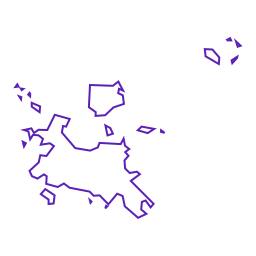 Ukerewe, Mwanza, United Republic of Tanzania
{"feature_id": "72390352B65036310172855", "entity_name": "Ukerewe", "entity_type": "district", "adm_level": 2, "iso_a3": "TZA", "parent_name": "United Republic of Tanzania", "parent_adm1": "Mwanza", "projection": "mercator", "projection_center": [33.011, -1.921], "detail": "medium", "context": "isolated", "style": "outline", "palette": "violet", "viewbox_px": 256, "rotation_deg": 0, "n_neighbors": 0, "source": "geoboundaries", "source_scale": "gbopen_adm2", "svg_char_len": 1820}
<svg xmlns="http://www.w3.org/2000/svg" viewBox="0 0 256 256"><path d="M54.8,114.8L47.3,130.0L38.5,129.8L34.0,133.0L31.4,128.4L24.0,130.0L28.4,131.4L30.2,139.3L33.0,134.9L38.5,135.3L43.0,138.9L40.8,144.7L49.9,143.3L53.9,146.1L46.4,156.0L40.3,155.2L38.7,162.4L29.5,170.9L32.0,176.2L37.4,178.6L44.0,174.4L46.7,176.3L46.2,183.8L57.7,187.0L63.9,183.5L69.5,187.7L89.6,191.6L93.6,195.7L99.7,195.4L108.4,204.3L117.2,193.7L122.6,196.0L124.8,206.3L138.1,217.8L146.4,213.8L141.2,209.5L141.9,201.9L145.6,200.5L150.6,207.4L153.6,203.8L130.8,180.9L139.9,174.2L136.9,171.7L129.7,173.0L125.1,168.4L124.5,160.4L128.5,155.8L125.2,152.1L129.2,149.0L125.0,145.7L123.6,138.6L120.7,144.1L99.5,142.9L97.8,147.4L90.1,150.6L75.2,148.1L61.9,132.5L63.0,126.0L66.1,126.6L69.7,119.0L54.8,114.8ZM118.3,81.6L112.9,85.8L90.0,85.0L88.9,107.2L95.7,112.1L95.6,115.9L105.2,115.2L113.5,107.4L123.9,103.9L122.8,95.3L118.2,93.2L119.0,88.8L123.1,90.6L118.3,81.6ZM212.4,49.5L204.8,49.1L205.6,56.3L218.8,64.0L219.3,57.5L212.4,49.5ZM54.6,195.3L45.3,189.1L40.8,194.1L48.6,199.6L48.6,204.0L53.6,203.5L54.6,195.3ZM141.6,126.6L137.8,130.3L147.7,133.1L154.2,128.9L141.6,126.6ZM31.7,102.8L31.8,106.7L39.6,112.2L40.1,106.4L31.7,102.8ZM112.9,133.7L110.3,128.1L105.4,125.4L107.5,135.4L112.9,133.7ZM232.3,63.2L237.0,58.0L237.3,56.7L231.6,60.3L232.3,63.2ZM240.6,45.7L236.0,41.4L237.7,46.7L240.6,45.7ZM25.8,143.2L22.8,141.7L24.0,146.5L25.8,143.2ZM231.1,40.4L230.1,38.2L227.1,39.8L227.7,40.4L231.1,40.4ZM17.3,84.3L15.4,87.0L18.5,86.6L17.3,84.3ZM30.1,96.4L30.2,93.9L29.5,92.8L28.2,94.6L30.1,96.4ZM164.6,132.9L161.1,130.2L160.9,131.8L164.6,132.9ZM91.5,201.6L89.8,200.0L90.5,202.8L91.5,201.6ZM105.3,208.4L107.3,206.3L106.1,205.8L105.3,208.4ZM21.3,97.1L19.1,96.3L21.0,99.3L21.3,97.1ZM23.3,88.9L20.8,88.5L21.7,90.1L23.3,88.9Z" fill="none" stroke="#5b21b6" stroke-width="2"/></svg>